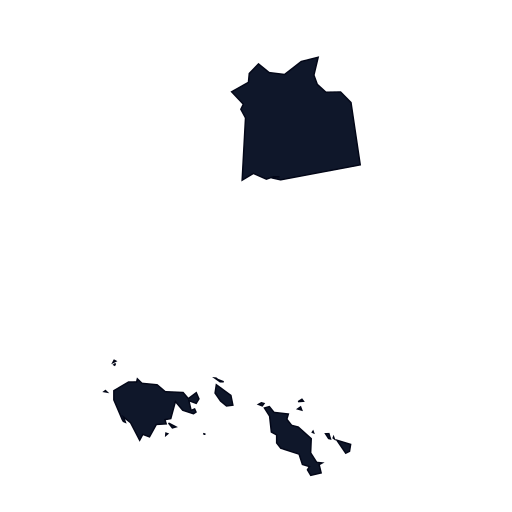 outline of Al Khukhah, Al Hudaydah, Yemen, rotated 280°
{"feature_id": "15242507B44327302396722", "entity_name": "Al Khukhah", "entity_type": "district", "adm_level": 2, "iso_a3": "YEM", "parent_name": "Yemen", "parent_adm1": "Al Hudaydah", "projection": "orthographic", "projection_center": [42.797, 13.833], "detail": "medium", "context": "isolated", "style": "filled", "palette": "ink", "viewbox_px": 512, "rotation_deg": 280, "n_neighbors": 0, "source": "geoboundaries", "source_scale": "gbopen_adm2", "svg_char_len": 1916}
<svg xmlns="http://www.w3.org/2000/svg" viewBox="0 0 512 512"><g transform="rotate(280 256 256)"><path d="M455.4,266.8L439.7,252.6L438.9,237.1L445.6,225.1L434.6,217.7L425.7,218.4L413.5,203.5L403.3,217.2L397.9,215.6L390.2,221.7L328.3,229.2L336.9,239.1L333.5,252.9L337.1,259.3L338.1,265.5L335.7,257.7L335.3,267.0L363.9,342.8L423.6,322.9L432.2,310.8L429.4,296.4L435.7,286.5L444.2,281.6L462.5,282.7L455.4,266.8ZM98.7,139.4L89.6,141.0L71.7,152.7L70.1,154.1L69.6,156.2L74.5,153.4L70.1,161.4L54.4,173.4L60.7,175.5L59.4,182.5L72.8,187.1L75.1,196.7L79.0,194.7L81.1,200.3L98.7,201.9L91.4,210.6L89.8,221.8L91.9,224.0L94.7,222.1L92.6,218.9L101.9,215.0L100.5,222.7L105.4,224.6L111.0,220.9L103.8,214.1L108.9,207.9L106.6,190.2L112.0,181.0L110.8,165.8L114.4,160.5L111.2,160.3L109.8,152.4L98.7,139.4ZM107.8,290.7L100.7,297.2L85.3,301.7L83.4,307.4L75.5,308.8L71.0,313.8L68.4,332.8L58.8,337.9L57.9,345.2L54.4,343.8L49.5,348.0L53.7,357.8L61.5,354.4L63.7,357.1L63.3,351.6L71.6,344.0L85.7,342.1L94.9,327.3L95.4,320.5L100.6,314.7L106.0,315.3L105.1,300.9L110.0,295.3L107.8,290.7ZM122.3,239.3L113.9,239.5L107.0,246.3L103.2,253.0L105.1,259.1L114.3,255.5L122.3,239.3ZM88.6,367.7L77.4,378.6L79.9,382.0L86.9,381.9L88.6,367.7ZM93.0,355.4L88.9,359.2L88.8,361.1L93.7,358.6L93.0,355.4ZM110.3,284.2L109.5,288.2L112.1,289.5L112.4,286.8L110.3,284.2ZM112.2,327.8L115.1,326.1L112.6,323.6L112.2,327.8ZM76.3,198.9L72.2,203.5L73.8,206.8L76.3,198.9ZM122.9,326.1L119.9,322.8L121.2,327.9L122.9,326.1ZM126.5,246.0L127.8,239.7L128.8,237.9L128.7,236.6L125.9,242.5L126.5,246.0ZM96.1,132.9L97.3,131.1L96.1,130.0L96.1,132.9ZM65.9,198.1L63.7,198.3L65.6,199.9L65.9,198.1ZM71.7,237.1L72.0,234.9L71.5,236.1L71.7,237.1ZM89.6,364.8L91.3,363.8L90.2,363.6L89.6,364.8ZM128.7,134.4L126.2,133.6L128.1,136.2L128.7,134.4ZM125.7,136.3L124.2,134.9L123.9,135.8L125.7,136.3ZM91.9,343.4L93.3,342.6L92.2,342.1L91.9,343.4Z" fill="#0f172a" stroke="#020617" stroke-width="1.5"/></g></svg>